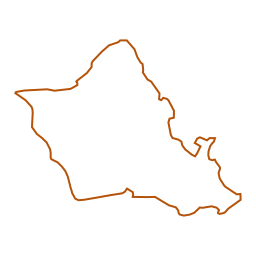 Honolulu, Hawaii, United States of America (Mercator projection)
{"feature_id": "52423323B23592629733445", "entity_name": "Honolulu", "entity_type": "district", "adm_level": 2, "iso_a3": "USA", "parent_name": "United States of America", "parent_adm1": "Hawaii", "projection": "mercator", "projection_center": [-157.906, 21.485], "detail": "fine", "context": "isolated", "style": "outline", "palette": "amber", "viewbox_px": 256, "rotation_deg": 0, "n_neighbors": 0, "source": "geoboundaries", "source_scale": "gbopen_adm2", "svg_char_len": 1862}
<svg xmlns="http://www.w3.org/2000/svg" viewBox="0 0 256 256"><path d="M16.0,92.0L15.4,93.2L18.4,95.2L25.7,100.3L31.6,106.9L32.5,109.6L32.7,113.2L32.0,127.1L36.9,134.0L41.9,137.9L46.6,142.4L50.1,149.3L50.7,152.8L50.6,157.2L51.3,159.2L51.7,159.4L57.6,162.3L61.9,166.6L65.3,171.0L67.8,176.6L68.8,180.5L70.6,187.7L71.6,190.7L72.1,192.9L75.2,198.6L78.5,200.2L83.9,199.8L84.5,199.7L99.6,197.1L106.8,195.8L111.4,195.0L122.2,193.3L124.8,191.8L126.6,189.2L127.0,188.6L132.8,192.2L133.2,194.6L132.7,196.9L147.5,197.1L155.0,196.9L162.1,201.2L163.4,202.0L165.3,203.1L168.9,205.3L175.8,207.3L178.2,210.4L178.6,213.0L179.7,214.5L183.8,215.6L189.7,214.6L194.4,212.7L198.7,208.6L199.8,207.5L202.6,207.8L211.6,206.3L216.0,207.5L216.7,207.7L219.0,210.1L218.0,212.3L218.1,213.3L219.6,213.9L223.1,213.2L225.1,212.3L228.2,208.7L240.6,199.8L240.5,196.0L240.4,194.0L238.3,194.2L236.7,194.3L229.3,189.4L225.3,186.7L224.1,185.4L219.9,178.8L219.3,176.9L218.6,172.9L220.0,168.8L219.9,167.3L216.3,162.4L215.5,161.1L215.4,160.6L215.3,160.3L215.0,159.7L214.9,159.7L214.7,159.6L214.4,159.6L213.6,159.8L213.0,160.1L212.3,160.2L209.3,159.2L208.3,155.3L208.5,151.6L208.6,151.1L210.2,146.1L211.9,143.7L213.9,141.6L215.0,138.1L209.6,138.1L207.0,140.3L199.9,137.3L197.2,138.6L194.8,143.0L200.5,146.3L197.1,153.4L195.1,156.3L194.3,155.9L192.1,154.9L185.1,149.3L183.0,146.3L182.3,145.4L181.4,141.6L178.3,139.6L172.5,138.0L170.9,135.2L169.7,129.1L168.4,122.4L169.5,118.7L173.8,117.7L174.0,110.8L168.4,100.2L167.1,99.0L163.3,97.8L161.2,100.2L159.1,99.2L159.5,93.4L151.2,81.6L147.5,79.5L142.9,72.5L143.2,69.9L142.6,64.1L140.6,62.5L137.4,57.2L134.5,49.3L126.8,40.4L120.2,40.4L118.3,42.2L109.1,45.3L102.2,51.3L92.6,61.3L91.6,63.6L91.6,67.0L86.9,73.0L76.8,80.9L76.3,81.6L77.3,82.7L77.3,85.1L71.6,88.3L70.5,88.9L54.6,90.7L47.2,89.3L24.4,90.5L16.0,92.0Z" fill="none" stroke="#b45309" stroke-width="2"/></svg>